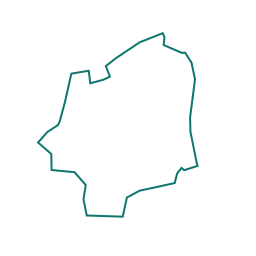 outline of Norfolk, Virginia, United States of America, rotated 61°
{"feature_id": "52423323B60127042569296", "entity_name": "Norfolk", "entity_type": "district", "adm_level": 2, "iso_a3": "USA", "parent_name": "United States of America", "parent_adm1": "Virginia", "projection": "orthographic", "projection_center": [-76.263, 36.895], "detail": "fine", "context": "isolated", "style": "outline", "palette": "teal", "viewbox_px": 256, "rotation_deg": 61, "n_neighbors": 0, "source": "geoboundaries", "source_scale": "gbopen_adm2", "svg_char_len": 679}
<svg xmlns="http://www.w3.org/2000/svg" viewBox="0 0 256 256"><g transform="rotate(61 128 128)"><path d="M157.4,192.6L168.8,201.5L184.5,206.5L203.0,175.6L188.3,162.7L188.4,148.4L198.8,113.9L194.1,109.4L192.1,107.6L191.1,106.1L188.9,100.5L192.1,99.4L194.9,85.5L191.3,84.7L171.0,78.2L161.5,75.2L148.9,68.6L121.7,48.6L117.9,45.8L101.8,40.8L89.9,41.5L89.7,41.9L88.3,44.6L72.7,56.6L66.3,52.1L61.9,51.7L58.7,76.3L61.0,104.1L63.1,117.4L70.0,118.3L74.3,118.9L73.8,126.5L73.6,127.2L70.6,139.3L58.9,134.6L56.0,142.7L53.0,151.2L74.9,170.7L89.6,185.0L91.5,188.0L92.4,200.4L97.1,213.7L113.6,207.7L127.7,215.2L140.7,196.2L157.4,192.6Z" fill="none" stroke="#0f766e" stroke-width="2"/></g></svg>